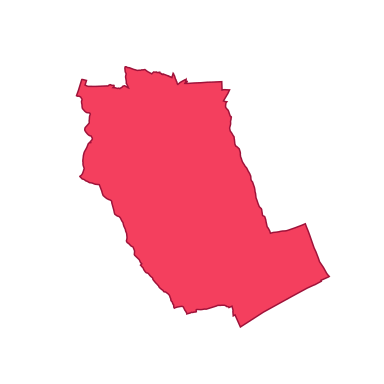 outline of Cernatesti, Buzau, Romania, rotated 340°
{"feature_id": "2599482B98470436425498", "entity_name": "Cernatesti", "entity_type": "district", "adm_level": 2, "iso_a3": "ROU", "parent_name": "Romania", "parent_adm1": "Buzau", "projection": "equal_earth", "projection_center": [26.764, 45.296], "detail": "fine", "context": "isolated", "style": "filled", "palette": "rose", "viewbox_px": 384, "rotation_deg": 340, "n_neighbors": 0, "source": "geoboundaries", "source_scale": "gbopen_adm2", "svg_char_len": 5927}
<svg xmlns="http://www.w3.org/2000/svg" viewBox="0 0 384 384"><g transform="rotate(340 192 192)"><path d="M292.1,318.3L291.2,316.1L290.7,314.3L289.7,307.9L288.0,301.1L288.1,298.4L288.1,297.1L288.0,291.0L288.0,290.6L287.9,289.6L287.6,286.3L287.8,272.7L287.8,268.8L287.6,263.6L287.6,260.6L283.9,260.8L276.6,260.9L269.4,260.8L267.7,260.7L266.5,260.5L263.6,259.6L261.4,259.2L260.1,259.1L257.6,258.6L254.6,257.8L251.6,257.6L251.7,255.4L251.4,253.0L251.1,251.5L250.7,250.4L251.3,246.3L251.3,245.9L251.8,243.1L251.9,240.5L251.9,240.2L251.8,239.9L251.5,239.5L250.5,238.5L250.3,238.1L251.4,232.5L251.5,232.1L251.4,231.3L250.4,229.3L250.2,228.7L250.1,225.4L250.2,222.3L250.2,219.2L251.2,215.2L251.4,212.9L251.8,211.6L252.2,209.2L252.3,204.0L252.3,203.6L252.3,203.2L251.8,202.0L251.7,201.4L251.7,200.5L251.8,200.0L252.6,197.2L252.6,196.3L252.5,196.0L252.5,194.6L251.9,191.3L251.6,188.2L250.6,185.6L250.5,184.5L250.1,182.9L249.7,180.8L249.7,178.6L249.8,177.3L249.7,175.5L250.0,174.4L250.1,173.6L250.8,171.9L251.0,170.2L251.1,167.9L251.1,167.5L249.9,165.2L249.3,164.2L249.0,164.1L248.8,163.9L248.7,161.6L249.5,158.3L249.8,157.2L249.8,156.7L250.4,154.5L249.9,152.8L249.6,150.9L249.2,149.1L249.1,148.8L248.9,148.5L248.8,147.6L249.1,145.2L249.6,144.1L250.8,142.5L251.5,141.4L251.9,140.3L252.4,138.7L253.8,136.6L254.0,135.7L254.6,135.1L254.6,134.9L254.5,134.5L253.9,133.7L253.9,132.2L254.0,128.4L253.9,127.6L253.7,126.9L253.3,126.4L253.1,125.3L252.6,124.3L252.6,123.9L252.6,123.5L252.9,123.1L253.2,122.1L254.1,120.4L254.5,119.8L255.6,119.1L253.9,118.2L252.7,117.2L258.4,112.5L259.3,111.8L262.2,108.9L259.7,107.9L258.0,107.1L256.4,106.6L255.1,106.5L257.7,98.5L248.1,95.5L244.0,94.1L237.5,92.3L231.3,90.3L224.7,88.4L222.4,87.5L222.8,87.1L223.4,87.0L224.1,87.0L224.1,87.4L224.3,87.4L224.8,86.8L225.8,86.3L224.6,86.3L223.9,85.7L224.1,85.3L224.8,84.7L224.9,84.4L224.6,84.6L224.5,84.2L224.8,84.0L221.8,84.4L218.3,85.0L215.5,86.1L215.4,86.0L215.2,85.4L215.4,83.3L215.2,82.6L215.3,81.0L215.1,80.0L215.3,77.2L215.2,76.1L215.0,75.4L215.1,74.6L214.9,74.0L212.2,77.6L210.4,75.9L210.5,75.9L209.6,75.2L209.7,74.9L209.4,74.8L205.2,71.2L204.8,71.7L203.7,70.9L203.8,70.7L203.6,70.1L202.3,69.0L202.7,68.5L202.4,68.3L201.7,68.3L201.4,68.1L200.9,68.1L199.9,67.7L199.8,67.3L199.5,67.0L198.3,66.8L197.0,66.1L194.6,67.2L191.4,63.6L189.6,60.8L187.6,60.5L186.8,60.1L186.2,60.0L185.0,60.0L184.1,59.5L182.6,59.2L181.8,58.8L180.4,57.7L179.2,56.9L175.9,54.0L175.3,53.6L174.4,53.2L174.0,53.0L173.1,51.9L172.5,51.6L172.1,51.5L171.8,51.8L171.3,52.6L171.0,53.7L170.4,56.0L170.4,57.0L170.6,58.4L169.1,60.7L168.8,61.6L168.7,62.4L168.1,65.5L167.7,66.7L167.4,67.3L167.6,68.2L167.9,72.4L167.1,71.7L166.7,70.9L165.8,70.1L165.6,69.7L165.0,69.1L164.4,69.0L163.0,69.0L162.4,69.5L161.1,69.8L159.9,69.9L159.7,70.1L159.3,70.0L158.8,69.5L158.3,69.2L157.4,69.2L156.4,68.5L155.5,67.8L153.5,66.9L154.7,66.3L155.1,65.8L155.1,65.1L154.9,65.0L153.0,64.3L152.3,63.4L151.7,63.1L151.3,63.2L150.4,63.2L150.0,63.4L149.1,63.6L147.9,63.1L137.8,59.9L130.5,57.2L129.6,56.5L128.1,54.9L131.0,51.1L127.6,48.8L126.9,48.6L120.0,57.7L116.4,62.0L117.0,62.7L118.5,63.3L119.6,64.3L119.8,64.6L119.9,65.1L120.3,66.7L120.3,67.2L120.1,67.9L119.2,68.9L118.7,70.6L118.5,72.3L117.8,74.5L117.7,75.2L117.6,76.1L117.7,76.4L118.9,79.5L119.8,80.9L120.4,81.5L122.5,82.5L123.0,83.1L123.1,83.6L123.1,84.0L121.7,85.7L121.3,86.5L120.3,88.8L119.8,89.7L119.1,91.9L118.2,92.5L116.6,93.4L113.9,94.8L113.3,95.3L112.5,96.8L112.4,97.4L112.6,98.9L113.5,101.5L114.2,102.9L115.0,104.0L116.3,104.8L116.4,105.6L116.7,106.7L116.5,108.1L115.7,108.8L113.2,110.2L113.6,110.6L113.8,110.9L113.7,111.0L112.9,110.6L112.6,110.6L112.3,110.6L111.0,111.2L108.9,113.6L107.8,114.7L104.7,117.4L104.0,118.2L102.4,120.6L101.3,122.9L100.4,124.6L99.8,126.2L99.7,127.1L99.2,128.2L98.9,129.3L98.8,130.3L98.8,132.1L98.7,133.1L96.3,136.2L95.2,137.4L94.4,138.0L93.5,138.5L92.0,138.9L91.9,139.1L93.3,142.2L94.7,143.2L95.1,143.7L96.0,145.2L96.8,145.8L97.5,146.5L98.8,148.1L100.7,149.1L101.7,149.8L102.5,150.6L103.7,151.6L107.4,153.4L107.5,160.3L107.3,162.3L107.3,164.9L108.6,167.3L109.6,168.9L110.7,170.1L111.5,170.9L111.9,171.1L112.8,172.0L113.2,172.9L113.3,173.4L112.9,175.0L112.8,176.4L112.3,182.5L111.9,185.1L111.9,186.5L113.0,188.2L113.6,189.0L114.7,189.8L115.1,190.2L115.8,191.7L116.1,194.6L116.3,195.8L116.7,197.0L116.4,199.0L116.3,200.8L116.6,204.4L116.3,205.9L116.4,208.5L115.5,212.1L115.1,213.2L114.2,214.7L114.0,214.9L113.7,215.4L113.6,216.1L113.7,216.9L114.0,217.7L114.7,218.5L115.4,219.9L116.1,221.6L116.8,222.5L117.6,223.2L117.8,223.9L117.9,227.3L117.7,228.2L116.4,231.1L116.5,231.8L117.2,233.3L119.3,237.6L119.5,240.5L120.2,242.3L118.6,243.1L119.1,244.1L119.3,245.0L119.8,245.8L120.0,246.4L120.2,248.8L120.8,251.0L121.1,251.7L121.4,252.2L121.7,252.5L122.6,253.0L122.9,253.5L123.2,253.9L123.8,255.9L124.0,256.1L124.1,256.7L124.6,257.6L125.4,258.9L125.6,259.6L125.4,260.4L125.4,260.9L126.2,263.4L127.1,265.7L127.5,266.4L127.9,267.6L128.4,268.5L128.5,269.8L128.8,270.8L130.1,273.2L131.1,274.5L131.3,275.7L131.5,276.1L131.8,276.4L132.6,276.6L133.1,277.1L134.8,279.7L135.3,280.9L135.5,282.1L135.4,283.3L135.5,284.9L135.1,286.9L135.8,288.7L135.7,290.6L136.1,291.5L136.0,292.1L135.5,294.2L135.7,295.1L136.8,295.0L138.9,295.1L142.8,295.8L143.6,296.1L144.4,296.8L144.5,297.0L144.6,297.5L144.7,298.9L144.9,300.7L145.3,302.0L145.6,304.1L145.6,304.6L145.5,304.8L149.1,305.1L150.4,304.9L151.3,305.4L151.7,305.5L152.7,305.5L153.9,305.9L155.1,306.0L155.2,305.7L155.2,305.3L155.7,304.1L156.1,304.0L157.3,304.4L160.1,305.6L161.9,306.0L163.4,306.2L165.5,307.0L176.3,307.5L176.7,307.3L177.6,307.4L180.3,308.4L181.1,308.5L183.9,309.6L184.4,310.1L185.0,310.5L185.0,310.9L185.3,311.4L186.9,312.3L187.2,312.8L187.2,313.2L190.5,313.0L190.2,316.6L190.1,317.2L189.5,318.4L188.4,322.5L190.4,322.2L191.3,335.4L218.1,329.3L250.6,324.2L267.4,321.7L274.9,321.1L275.4,321.2L283.0,320.1L283.0,319.1L291.4,318.5L292.1,318.3Z" fill="#f43f5e" stroke="#9f1239" stroke-width="1.5"/></g></svg>